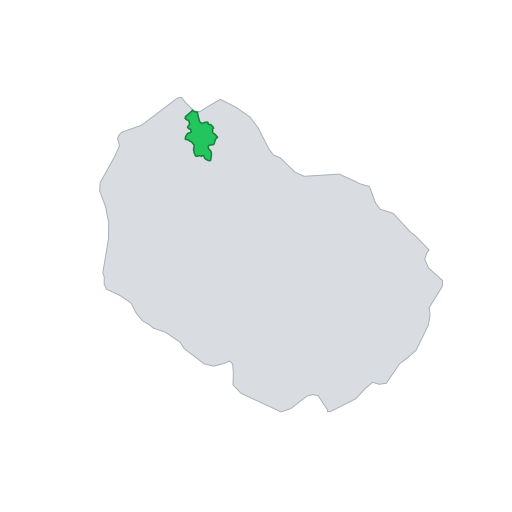 North Macedonia, with Strumitsa highlighted, rotated 229°
{"feature_id": "MKD-2993", "entity_name": "Strumitsa", "entity_type": "Statistical Region", "adm_level": 1, "iso_a3": "MKD", "parent_name": "North Macedonia", "parent_adm1": "", "projection": "natural_earth1", "projection_center": [22.63, 41.401], "detail": "fine", "context": "in_parent", "style": "filled", "palette": "green", "viewbox_px": 512, "rotation_deg": 229, "n_neighbors": 0, "source": "natural_earth", "source_scale": "10m", "svg_char_len": 2656}
<svg xmlns="http://www.w3.org/2000/svg" viewBox="0 0 512 512"><g transform="rotate(229 256 256)"><path d="M233.2,141.1L241.0,142.1L258.2,137.5L268.9,131.2L274.3,130.3L281.5,127.8L291.9,128.2L302.5,130.9L315.8,127.3L329.0,121.4L334.3,122.9L340.0,127.9L343.8,129.3L365.6,155.8L377.5,166.5L391.6,174.7L407.7,180.7L413.5,186.4L423.8,214.6L428.7,225.4L435.5,228.6L437.2,231.6L437.5,235.7L429.8,255.6L426.8,300.2L424.8,303.7L416.8,303.5L406.1,304.5L402.0,307.9L397.7,331.9L380.5,338.7L364.8,342.6L351.6,341.7L328.4,336.0L320.8,335.4L314.4,338.7L293.7,340.4L284.6,344.6L263.1,372.6L241.5,382.3L234.1,387.2L217.6,381.0L209.7,380.4L198.2,387.5L173.1,388.2L166.3,389.5L147.0,390.6L146.2,386.7L142.7,381.1L133.7,378.4L115.2,380.7L110.8,376.6L103.4,352.8L97.5,348.9L90.9,340.9L79.9,315.1L79.7,303.7L80.5,293.8L74.5,270.7L78.4,264.8L84.2,261.1L84.3,251.8L82.8,237.6L89.8,209.8L91.7,207.8L93.4,209.1L109.9,211.3L114.2,207.8L116.9,202.3L118.0,182.0L122.0,172.6L161.9,154.7L173.7,154.0L182.6,162.2L189.7,167.5L194.0,167.3L195.6,162.0L200.5,151.9L208.7,146.1L232.9,141.1L233.2,141.1Z" fill="#d9dde1" stroke="#a8b0b8" stroke-width="1"/><path d="M407.9,303.6L405.7,303.9L403.0,306.2L402.6,305.8L400.3,304.5L397.6,303.2L395.2,302.0L393.5,301.5L392.6,301.8L391.6,302.4L390.8,304.0L390.0,305.9L389.0,307.0L388.7,307.3L387.9,307.3L387.4,306.6L386.5,306.6L385.7,307.0L385.2,307.8L384.3,308.2L383.0,308.2L381.4,308.2L380.3,307.8L380.3,306.6L378.8,305.2L377.7,304.3L376.8,304.3L376.2,304.5L375.1,304.9L373.7,304.9L371.9,304.9L370.9,304.9L370.8,304.0L370.7,302.2L370.1,301.0L368.9,299.2L368.1,297.8L368.1,297.0L368.7,295.7L369.7,294.4L370.3,293.2L370.3,292.4L369.6,291.4L368.9,290.8L367.5,290.6L366.4,290.7L364.7,290.7L363.0,289.9L361.6,288.7L360.2,287.2L358.9,285.6L358.0,284.6L358.0,284.1L358.1,283.8L359.0,282.9L361.0,281.9L362.7,281.4L363.7,281.4L364.5,281.9L366.2,282.2L366.8,281.6L367.0,280.4L367.2,280.6L367.7,280.1L368.7,279.0L369.5,278.0L369.9,276.9L370.4,276.3L371.8,276.1L373.4,276.9L374.4,276.9L375.5,277.8L377.2,278.5L377.8,279.3L379.2,280.9L380.1,282.1L381.6,282.1L384.2,282.2L385.5,281.7L386.4,281.3L387.9,281.1L389.6,279.7L390.5,279.3L391.1,279.8L392.2,281.0L392.6,282.0L393.0,283.4L393.3,284.5L393.2,285.4L392.6,286.7L392.2,287.6L392.2,288.6L392.7,288.8L393.5,289.1L394.1,289.7L394.9,289.7L395.3,289.4L395.7,288.9L396.9,288.8L397.8,288.7L398.4,289.4L398.6,290.3L398.8,291.7L399.2,292.3L400.1,293.1L401.3,293.7L402.5,293.8L403.2,293.7L404.0,293.2L404.7,292.9L405.8,292.8L406.4,292.8L406.4,293.1L406.8,293.6L407.4,294.0L407.5,295.9L407.4,298.6L407.5,302.0L407.5,302.9L407.7,303.3L407.9,303.5L407.9,303.6Z" fill="#22c55e" stroke="#15803d" stroke-width="1.5"/></g></svg>